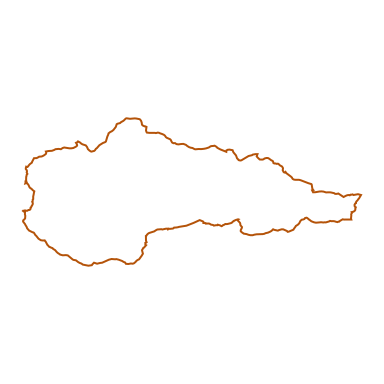 the district of Lesu, Bistrita-Nasaud, Romania
{"feature_id": "2599482B1126376608356", "entity_name": "Lesu", "entity_type": "district", "adm_level": 2, "iso_a3": "ROU", "parent_name": "Romania", "parent_adm1": "Bistrita-Nasaud", "projection": "robinson", "projection_center": [24.822, 47.307], "detail": "fine", "context": "isolated", "style": "outline", "palette": "amber", "viewbox_px": 384, "rotation_deg": 0, "n_neighbors": 0, "source": "geoboundaries", "source_scale": "gbopen_adm2", "svg_char_len": 5963}
<svg xmlns="http://www.w3.org/2000/svg" viewBox="0 0 384 384"><path d="M118.7,259.7L121.9,260.9L122.6,261.2L123.3,261.8L125.1,262.5L125.9,263.8L128.3,264.0L130.9,263.5L132.8,263.7L134.1,263.2L135.7,261.8L136.4,260.9L137.6,260.0L139.1,259.3L141.7,255.7L142.9,253.7L142.0,250.2L143.4,247.8L144.0,247.6L146.1,245.2L145.4,244.8L145.3,243.8L145.7,243.1L145.5,242.8L146.6,242.2L146.0,240.7L145.9,236.0L146.3,235.9L146.9,234.8L148.0,233.7L149.1,233.0L154.2,231.4L156.0,230.2L157.3,229.5L161.4,229.2L162.3,229.5L165.9,228.7L167.4,228.7L167.9,229.4L168.7,228.6L169.6,228.9L172.5,228.6L173.3,228.4L174.1,227.6L176.2,227.5L178.1,227.2L178.9,226.9L186.4,225.7L193.6,222.9L199.7,220.1L202.9,221.4L203.4,221.8L203.4,223.0L205.6,223.1L205.8,223.6L208.9,223.5L209.9,223.9L210.9,224.6L212.6,224.9L213.5,225.2L213.9,225.6L216.0,225.2L217.4,225.2L217.7,224.7L220.1,225.4L221.5,226.2L222.2,225.9L223.1,225.1L224.3,224.7L225.3,224.0L226.7,224.1L227.5,224.0L231.0,223.1L232.1,222.5L232.7,221.7L233.2,221.4L233.6,221.3L233.8,220.9L236.0,219.9L238.1,219.3L238.4,219.4L237.6,220.0L237.7,220.4L239.9,222.7L240.2,223.4L240.4,225.0L240.6,225.4L242.0,227.1L241.8,228.0L240.8,230.0L240.7,230.7L240.8,231.4L242.6,232.9L243.1,233.1L243.6,233.6L246.6,234.1L248.5,234.8L250.5,235.2L252.7,235.2L254.3,234.7L256.6,234.3L262.6,234.1L264.3,233.8L265.5,233.2L268.1,232.6L270.3,231.6L271.5,230.9L273.1,229.3L274.1,229.8L277.7,230.6L278.3,230.5L278.7,230.2L281.7,229.3L283.1,229.3L287.0,231.0L287.6,231.8L288.6,231.7L293.4,229.7L293.9,228.8L295.6,226.5L295.8,226.0L298.0,224.6L298.5,224.0L299.1,223.5L300.5,220.8L301.8,219.7L303.1,219.5L304.4,219.0L305.1,218.0L306.6,217.7L307.2,218.0L307.6,218.4L308.3,218.8L308.7,219.4L309.2,219.6L311.4,221.3L314.0,222.3L316.0,222.7L320.5,222.3L320.9,222.2L323.4,222.5L324.5,222.3L325.8,222.4L329.2,221.4L330.0,220.9L331.7,221.2L333.1,221.1L334.6,221.3L336.1,221.8L337.5,222.1L338.4,221.6L339.0,221.7L340.1,220.8L342.7,219.3L344.1,219.6L345.2,219.5L351.3,219.5L351.0,218.5L351.3,215.5L351.2,214.2L351.9,213.0L351.6,212.1L353.5,211.7L354.8,210.7L355.2,210.0L355.3,209.8L355.3,208.7L355.8,207.3L355.0,206.8L354.7,206.3L354.5,204.9L355.2,203.5L356.0,203.1L356.0,202.2L356.4,201.5L357.7,200.1L358.4,199.0L358.9,198.6L361.0,195.0L358.0,194.2L353.5,195.0L352.6,194.4L351.6,194.7L350.6,194.7L349.8,195.3L349.1,195.0L347.3,195.2L345.6,195.9L343.6,197.0L338.3,193.5L336.8,193.9L335.5,193.9L335.0,193.8L334.2,193.2L331.2,192.5L329.8,192.3L326.0,192.4L323.5,191.6L321.5,191.4L319.5,191.5L315.5,192.2L313.1,192.3L312.1,190.3L313.2,190.0L312.9,189.7L312.3,188.4L311.7,184.6L311.4,184.1L308.4,183.2L300.6,180.2L299.0,179.8L295.4,179.8L294.0,179.6L292.8,179.0L292.3,178.4L292.0,177.6L290.8,176.5L286.4,173.2L285.5,171.9L285.1,172.3L285.0,172.6L284.3,172.5L283.6,172.0L282.7,170.2L283.0,168.4L282.8,167.7L282.0,166.5L279.7,165.2L279.0,164.4L278.3,163.8L277.5,163.7L276.9,163.9L275.1,163.4L274.3,163.5L273.4,163.0L273.1,161.6L272.6,160.9L271.3,160.3L270.1,159.4L268.4,158.2L267.4,158.0L266.4,158.0L264.5,158.5L263.5,159.3L262.3,159.6L259.7,159.5L257.8,157.7L256.7,156.4L257.5,154.1L255.7,154.1L252.8,154.6L252.0,155.2L248.6,156.0L241.4,160.3L240.5,160.5L239.7,160.4L238.6,160.1L238.4,159.6L237.1,158.4L236.0,155.4L233.4,152.3L232.6,150.2L229.5,149.6L227.6,149.8L226.4,150.5L226.3,151.8L220.3,149.4L217.3,147.8L216.6,146.9L214.6,145.7L213.0,146.0L212.0,146.0L210.6,146.3L208.8,147.5L206.0,148.4L203.9,148.8L201.0,149.1L198.8,149.0L195.4,149.3L194.5,149.1L192.5,148.0L190.7,147.7L189.0,147.1L187.0,145.8L186.0,144.9L183.4,143.9L181.2,144.0L178.4,144.4L176.5,144.1L175.0,143.1L173.4,143.2L172.4,142.7L172.1,142.5L171.4,141.3L170.9,140.1L170.2,139.3L166.8,137.8L165.9,137.1L164.9,135.6L163.9,134.8L162.1,134.0L160.0,133.3L159.0,132.8L157.8,132.6L155.9,133.1L155.1,132.9L149.8,132.9L146.9,132.6L146.4,131.8L146.0,130.3L146.5,126.9L145.4,126.4L145.1,126.5L143.1,125.7L142.0,124.7L141.7,122.6L141.1,120.9L140.1,119.5L139.3,119.1L136.1,118.5L134.6,118.4L130.0,118.8L126.7,118.3L126.1,118.4L125.6,118.7L123.9,120.4L123.1,121.0L121.1,122.1L120.0,123.1L117.6,123.7L116.7,124.2L115.8,126.9L113.4,130.0L111.9,131.2L110.1,132.1L108.5,133.4L108.3,134.5L107.4,136.4L105.9,141.5L105.2,142.1L102.9,143.0L99.4,145.2L96.8,148.2L95.9,148.8L95.0,150.2L94.2,150.9L91.5,151.6L90.7,151.4L89.4,150.5L87.9,149.1L87.1,147.1L85.8,145.4L82.4,144.3L81.1,143.5L80.2,142.6L78.0,141.4L77.5,142.1L76.0,142.8L76.8,144.1L77.1,145.1L77.1,145.5L76.7,146.1L75.7,146.8L73.3,148.0L71.4,148.3L69.2,148.3L64.2,147.5L62.7,148.0L60.9,149.2L58.5,148.9L55.5,149.2L54.1,150.0L51.9,150.8L48.7,151.0L45.9,151.5L46.2,152.2L46.1,153.4L45.8,154.0L43.9,155.4L42.4,156.2L41.5,156.5L39.1,156.7L37.5,157.7L36.5,158.1L34.0,158.2L32.1,161.8L31.9,162.6L29.8,164.2L28.4,165.8L28.2,166.3L27.4,167.0L26.8,167.0L26.2,166.7L25.8,168.0L25.8,169.0L26.6,170.0L27.0,171.1L26.7,172.5L27.4,173.9L26.7,174.7L26.4,176.4L26.2,176.8L26.1,180.3L26.3,181.1L25.5,181.3L25.6,182.3L25.3,183.4L26.9,182.8L27.4,183.8L27.9,184.1L28.5,185.0L29.6,187.4L30.7,188.4L31.3,188.6L32.8,190.2L34.3,191.3L33.9,192.9L33.7,194.2L33.2,196.5L33.2,199.1L32.7,199.7L32.7,201.2L32.2,201.8L32.7,202.7L32.8,203.9L32.0,205.7L31.7,205.9L31.1,207.3L30.6,207.6L30.5,208.0L30.6,208.8L29.7,209.9L28.4,210.0L27.4,210.7L26.8,210.8L25.0,210.4L24.6,210.5L24.2,210.9L23.2,210.7L23.0,210.9L23.7,211.5L25.0,212.1L24.9,214.2L25.3,215.8L25.1,218.4L24.4,219.3L23.2,220.4L23.1,221.6L25.1,224.2L25.6,225.3L26.5,226.6L27.2,228.4L28.7,230.1L29.0,230.5L32.6,232.3L33.5,232.5L34.1,233.0L35.3,235.0L36.2,235.8L38.5,238.7L40.8,240.2L42.6,240.5L44.7,240.4L45.0,241.0L45.6,241.5L47.4,244.9L47.7,245.1L49.3,246.9L50.4,247.2L51.2,247.7L52.5,248.1L53.0,248.8L55.2,250.2L56.6,251.9L57.8,253.0L60.0,254.4L60.1,254.6L62.8,255.3L65.9,255.1L67.8,255.4L72.7,259.5L73.5,259.9L75.9,260.3L78.2,262.1L79.6,262.9L81.5,263.6L82.8,264.6L88.4,265.7L91.8,265.2L92.5,264.2L94.0,262.7L97.1,263.7L99.9,263.0L102.2,262.7L108.9,259.7L111.6,259.0L115.2,259.3L116.3,259.1L118.7,259.7Z" fill="none" stroke="#b45309" stroke-width="2"/></svg>